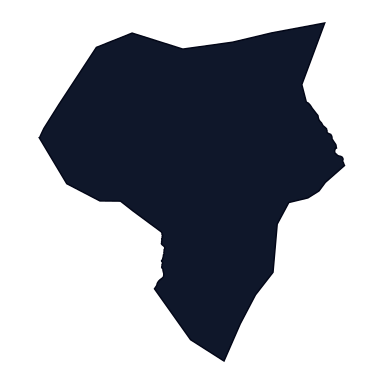 To'grog, Govi-Altay, Mongolia
{"feature_id": "93677404B72988397034040", "entity_name": "To'grog", "entity_type": "district", "adm_level": 2, "iso_a3": "MNG", "parent_name": "Mongolia", "parent_adm1": "Govi-Altay", "projection": "orthographic", "projection_center": [94.989, 45.729], "detail": "fine", "context": "isolated", "style": "filled", "palette": "ink", "viewbox_px": 384, "rotation_deg": 0, "n_neighbors": 0, "source": "geoboundaries", "source_scale": "gbopen_adm2", "svg_char_len": 1736}
<svg xmlns="http://www.w3.org/2000/svg" viewBox="0 0 384 384"><path d="M224.0,361.0L240.3,323.7L255.5,294.8L273.0,272.3L277.2,224.1L288.8,202.5L307.9,197.9L319.0,190.9L325.3,182.4L344.5,165.5L343.8,164.1L343.6,163.2L343.2,162.4L342.7,161.4L342.6,160.5L343.0,159.8L343.0,158.8L342.3,157.3L340.8,156.4L338.6,155.9L337.2,155.2L336.5,154.2L335.8,153.9L335.1,153.2L334.7,152.0L334.6,150.6L335.1,149.5L335.1,148.8L335.3,148.2L336.0,148.3L336.5,148.0L336.2,147.1L336.1,145.9L335.8,144.6L333.1,140.6L332.0,138.7L331.9,138.0L332.0,137.3L331.6,135.9L330.7,134.4L328.7,133.6L327.2,132.7L327.0,132.0L327.0,130.6L326.7,129.9L326.5,128.8L325.3,127.6L324.0,126.5L323.0,125.7L321.4,122.8L320.2,121.6L319.1,120.1L318.4,118.3L317.9,115.5L316.4,113.7L312.2,108.3L310.3,105.3L308.4,103.2L306.3,102.1L301.8,84.6L324.7,23.0L271.7,32.9L232.6,42.2L182.8,49.1L156.2,40.7L132.1,33.1L96.4,47.4L59.0,104.4L43.9,128.4L41.2,134.1L39.5,137.9L39.4,137.9L66.8,183.7L99.9,200.9L120.5,201.1L133.1,211.0L161.1,231.7L162.2,233.2L161.9,234.1L162.7,235.2L162.7,235.8L162.2,236.1L162.2,236.9L162.5,237.4L161.9,238.3L161.7,238.9L161.9,239.8L162.0,240.3L161.6,241.2L161.8,241.9L161.6,242.5L161.7,243.1L161.4,243.7L162.1,244.7L163.8,246.1L164.4,246.7L164.8,247.7L164.7,248.6L164.1,249.8L164.2,251.0L163.9,252.6L164.2,253.7L163.5,254.7L163.3,256.3L163.2,257.3L162.8,258.1L162.6,259.5L161.6,260.6L161.7,261.4L162.3,262.0L162.7,262.8L162.4,263.8L162.0,264.5L162.1,265.2L161.9,266.3L161.7,267.2L162.1,268.1L162.7,268.8L163.0,269.4L163.0,270.5L163.8,273.7L163.7,275.7L163.3,277.1L161.9,278.4L160.1,279.7L158.6,281.2L157.7,282.6L157.2,283.6L157.0,284.6L156.6,285.7L156.0,286.6L154.5,288.8L190.6,339.7L224.0,361.0L224.0,361.0Z" fill="#0f172a" stroke="#020617" stroke-width="1.5"/></svg>